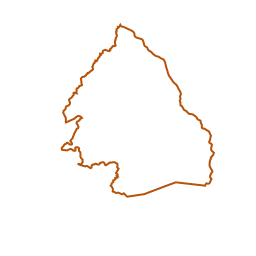 outline of Castanheira, Mato Grosso, Brazil, rotated 327°
{"feature_id": "56859067B36906842849375", "entity_name": "Castanheira", "entity_type": "district", "adm_level": 2, "iso_a3": "BRA", "parent_name": "Brazil", "parent_adm1": "Mato Grosso", "projection": "natural_earth1", "projection_center": [-58.652, -10.954], "detail": "fine", "context": "isolated", "style": "outline", "palette": "amber", "viewbox_px": 256, "rotation_deg": 327, "n_neighbors": 0, "source": "geoboundaries", "source_scale": "gbopen_adm2", "svg_char_len": 5736}
<svg xmlns="http://www.w3.org/2000/svg" viewBox="0 0 256 256"><g transform="rotate(327 128 128)"><path d="M79.1,88.9L79.0,89.6L79.7,89.7L88.5,91.0L89.1,90.7L90.6,90.6L91.2,90.5L92.2,90.6L93.0,91.0L93.5,91.4L94.0,92.0L94.5,92.7L94.8,93.5L94.8,94.6L93.8,94.4L93.0,94.3L91.6,95.1L90.8,95.0L90.0,95.2L89.3,95.1L88.6,94.9L87.9,95.4L87.4,96.2L87.5,97.9L87.2,99.0L87.1,100.1L86.2,100.9L85.6,101.0L84.7,100.7L83.3,101.5L82.2,102.2L80.6,103.0L79.7,103.6L79.0,104.2L77.6,105.1L76.9,105.5L76.3,106.2L74.3,106.8L73.4,107.0L72.5,107.5L72.7,108.8L72.7,110.0L72.5,110.7L72.0,111.2L71.3,111.0L70.1,109.9L69.7,108.6L69.1,107.4L68.5,107.1L67.9,107.3L67.2,107.5L66.1,107.2L65.4,107.3L64.4,107.9L61.6,108.6L61.1,109.3L60.8,110.4L62.3,111.7L63.2,112.2L63.6,112.9L64.1,113.2L64.7,113.5L65.6,113.8L66.6,113.8L67.4,114.0L68.4,114.3L69.1,115.1L69.5,116.0L69.7,116.8L70.1,117.6L70.9,118.0L71.6,118.3L72.3,117.3L72.5,116.5L72.9,116.0L73.8,115.8L74.6,116.4L75.4,116.8L75.7,117.6L75.9,118.4L75.1,119.3L74.8,120.0L74.4,120.6L74.5,121.3L74.8,122.1L74.6,122.8L74.1,123.6L73.7,124.4L73.2,125.1L72.6,125.8L72.4,126.7L72.3,127.5L72.4,128.5L72.7,129.8L72.2,130.3L71.5,131.9L70.5,132.2L69.8,132.7L68.9,132.7L68.2,132.4L67.6,131.7L67.0,131.1L66.3,130.7L67.6,132.8L71.3,137.0L72.2,137.1L73.0,137.6L73.5,138.6L73.9,139.6L74.4,140.7L75.0,141.5L75.7,141.3L76.3,140.7L76.7,140.0L77.3,139.9L77.9,139.4L78.9,139.5L79.6,140.2L80.5,140.2L81.5,140.3L82.5,141.9L83.1,142.5L83.9,142.8L84.6,142.7L85.2,142.1L86.0,142.2L87.0,142.6L88.1,142.8L88.9,143.5L89.1,144.4L88.7,146.5L89.2,147.2L89.9,147.3L91.7,147.0L92.6,147.3L93.9,147.0L95.0,147.8L95.8,148.2L96.7,148.5L98.0,149.3L98.4,149.9L98.8,151.0L99.2,151.7L99.6,152.2L99.1,152.9L98.6,154.0L97.6,154.9L97.8,155.6L97.5,156.4L97.9,156.9L96.4,157.9L95.8,158.0L95.3,158.4L94.7,158.6L94.1,158.9L93.3,159.5L94.0,160.8L93.8,161.7L93.0,162.1L93.0,162.9L92.2,162.3L91.8,163.7L90.0,163.0L89.7,164.0L87.9,164.2L87.0,163.9L86.5,165.2L84.2,165.6L83.2,166.6L82.0,167.0L82.4,168.4L82.2,170.8L80.6,172.9L82.0,174.7L82.6,176.0L84.6,176.9L86.5,179.8L87.1,180.5L88.9,180.5L89.6,184.1L90.2,185.3L105.5,192.3L120.7,195.6L131.2,197.9L138.5,199.6L161.3,218.4L162.3,217.6L163.6,217.1L164.7,218.3L165.6,218.7L166.7,218.5L167.4,218.0L168.7,217.2L169.6,216.6L170.2,216.3L170.0,214.2L170.8,212.8L172.3,211.9L173.1,211.3L174.5,210.8L175.2,210.3L175.4,209.0L175.4,207.9L175.4,207.1L175.6,205.8L175.6,204.6L176.1,203.9L176.8,202.4L177.8,201.6L178.2,200.8L179.9,199.3L180.7,199.0L181.2,198.4L181.4,197.8L182.6,197.8L183.4,197.2L184.0,197.2L184.7,197.1L185.2,196.7L185.9,196.0L186.5,195.6L186.3,194.6L186.2,193.9L186.0,193.2L185.8,192.5L185.8,191.7L186.2,191.0L186.7,190.3L187.2,189.9L187.9,189.0L188.4,188.6L188.9,188.2L189.3,187.6L189.2,186.4L188.4,185.4L188.3,184.2L188.8,183.5L189.8,183.1L191.7,181.2L192.2,180.6L193.3,179.8L193.5,178.9L193.5,177.7L193.8,176.4L194.0,175.2L193.3,173.5L192.6,172.2L191.8,170.2L191.0,169.6L190.2,168.7L190.1,168.0L190.6,167.1L191.3,166.1L191.7,165.5L191.7,164.4L191.9,163.4L192.8,161.3L191.5,159.4L191.1,158.5L191.3,156.3L191.1,155.4L190.6,154.3L190.3,153.3L189.8,152.1L189.2,151.4L188.6,150.8L187.0,149.5L186.5,147.8L186.1,145.4L185.8,144.8L185.3,144.3L184.9,143.4L184.9,142.1L185.1,140.7L185.0,139.6L185.1,138.7L184.4,137.7L184.9,136.7L185.4,135.7L185.9,135.1L186.3,133.3L187.7,132.3L188.1,131.7L188.6,130.4L188.8,129.8L190.7,128.5L191.3,127.3L191.4,126.7L191.6,126.0L191.6,124.7L191.6,123.8L191.7,122.4L192.0,120.6L192.1,119.0L192.1,118.3L191.8,117.2L191.1,114.6L190.9,112.9L191.1,112.0L191.0,111.0L190.9,109.5L191.0,108.7L190.8,107.3L191.2,104.5L191.7,102.8L192.2,101.4L192.5,100.2L193.1,98.2L193.7,96.4L194.8,93.2L195.2,91.1L195.1,89.9L194.4,88.7L193.7,87.6L193.3,87.0L193.0,85.9L192.1,84.4L190.9,83.2L190.3,82.3L190.0,81.5L189.4,79.8L189.1,77.9L188.6,76.1L187.6,74.2L187.5,73.3L187.6,72.4L187.9,71.4L187.7,70.4L187.2,69.4L186.9,68.8L186.7,68.1L186.9,66.9L187.6,64.9L188.1,63.4L188.2,62.0L187.9,61.0L184.8,57.3L184.2,56.4L183.8,55.4L183.7,54.7L183.9,53.8L184.4,53.0L184.8,52.2L184.9,51.4L184.8,50.5L184.7,49.7L184.3,48.9L183.0,46.5L182.6,46.0L182.0,45.1L179.7,41.3L179.2,40.7L178.3,39.8L177.8,39.1L177.6,38.1L177.7,37.3L175.6,38.4L174.9,38.5L174.5,37.9L174.1,38.7L172.2,38.9L171.9,39.6L171.2,40.2L170.9,41.0L170.2,41.0L169.9,41.9L169.4,42.7L169.3,44.2L167.9,45.4L167.3,45.6L166.6,46.0L166.2,46.8L165.5,47.1L165.0,47.8L164.3,48.0L163.6,49.3L162.8,50.9L162.6,52.0L162.0,52.2L161.2,51.8L160.6,51.6L160.2,51.1L159.4,51.1L158.6,51.6L157.3,52.0L156.6,51.9L156.0,52.1L155.6,53.1L155.0,53.0L154.3,53.4L153.7,52.7L152.9,52.0L152.4,51.2L151.9,50.8L151.6,50.1L149.6,49.7L149.0,49.7L148.5,50.1L148.0,50.7L147.7,51.3L147.0,51.4L145.9,51.3L145.0,50.5L144.7,51.3L144.6,52.2L143.3,52.2L142.5,53.0L141.5,52.9L140.7,53.3L139.9,54.0L139.4,54.3L138.6,54.4L137.9,53.9L137.8,54.7L136.9,54.1L136.1,54.5L135.6,55.2L134.7,55.1L134.0,55.4L133.4,55.8L133.0,56.4L132.2,56.9L131.3,57.3L131.0,59.1L130.4,59.9L129.5,59.9L128.8,60.1L127.8,59.8L126.9,60.1L126.4,60.0L125.7,60.5L124.8,60.3L124.1,59.9L123.7,60.4L123.1,60.5L122.5,60.3L121.9,60.7L121.0,61.1L120.1,60.9L119.3,61.2L118.4,60.8L117.8,60.4L116.8,60.4L116.0,60.8L115.4,60.9L115.1,61.6L114.9,62.3L114.3,63.1L114.0,64.1L113.4,64.9L113.2,65.9L112.7,67.0L111.8,66.7L110.9,66.7L110.1,66.3L109.6,66.4L108.9,67.0L108.1,67.2L107.4,67.2L106.5,66.9L106.0,67.3L105.2,68.9L104.1,69.9L103.9,71.0L103.2,70.4L102.6,69.4L102.0,68.9L101.2,69.1L100.7,70.5L99.9,70.9L99.1,70.9L98.3,71.4L97.2,71.8L95.1,71.8L94.1,72.0L93.6,72.8L93.4,74.2L93.2,75.2L92.3,76.2L91.1,76.6L90.2,76.7L88.7,76.4L87.8,76.3L87.1,76.7L86.4,77.6L85.5,78.3L84.2,78.3L83.4,78.5L82.9,78.9L82.0,79.9L81.8,81.1L81.7,82.5L81.5,83.6L81.5,84.3L81.4,85.0L81.3,85.8L80.9,86.4L80.3,87.3L79.8,88.2L79.1,88.9Z" fill="none" stroke="#b45309" stroke-width="2"/></g></svg>